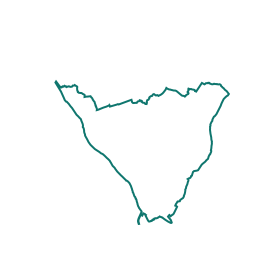 Mahajanga I, Boeny, Madagascar (Albers equal-area conic projection), rotated 297°
{"feature_id": "10022922B60996293868186", "entity_name": "Mahajanga I", "entity_type": "district", "adm_level": 2, "iso_a3": "MDG", "parent_name": "Madagascar", "parent_adm1": "Boeny", "projection": "albers", "projection_center": [46.344, -15.68], "detail": "fine", "context": "isolated", "style": "outline", "palette": "teal", "viewbox_px": 256, "rotation_deg": 297, "n_neighbors": 0, "source": "geoboundaries", "source_scale": "gbopen_adm2", "svg_char_len": 5843}
<svg xmlns="http://www.w3.org/2000/svg" viewBox="0 0 256 256"><g transform="rotate(297 128 128)"><path d="M157.6,206.3L160.2,204.2L163.6,201.9L164.8,201.4L166.7,200.4L167.4,200.5L168.5,199.8L169.7,199.7L171.8,199.7L172.6,199.9L173.9,199.4L177.1,199.4L177.8,199.9L180.4,200.5L189.8,200.5L192.2,200.2L197.1,200.1L199.2,200.7L201.1,201.4L202.3,202.2L204.1,202.4L205.6,199.3L206.1,196.8L206.9,195.1L207.0,193.9L207.4,193.2L207.6,192.0L208.3,191.4L208.6,190.5L208.6,190.1L208.5,189.6L208.1,189.2L207.7,188.4L207.6,187.5L207.3,187.2L207.2,186.5L206.6,185.6L206.5,184.6L205.5,183.8L205.0,182.7L204.7,180.2L205.1,180.0L205.1,179.9L204.9,179.7L205.0,179.6L204.7,178.9L203.8,178.2L203.4,177.2L202.9,176.9L202.0,176.6L201.6,176.3L201.7,173.4L191.4,172.2L191.4,171.7L191.3,171.0L191.8,170.8L192.1,170.0L192.1,169.7L191.8,168.9L191.8,168.5L191.5,167.8L191.4,167.4L191.4,166.6L191.2,166.3L191.1,166.0L190.7,165.6L190.7,165.0L190.5,164.8L190.5,164.0L190.3,164.0L190.0,164.1L189.4,164.5L189.2,164.8L188.9,164.9L188.5,164.8L187.1,164.7L186.9,165.1L186.9,165.6L186.3,166.2L185.7,166.2L185.2,165.9L184.3,165.2L183.5,164.8L182.9,164.7L182.3,164.7L181.8,164.4L182.0,163.4L181.4,161.6L181.4,161.2L181.9,158.9L182.7,155.5L182.9,154.4L182.9,153.5L182.7,152.8L182.2,151.9L182.0,151.0L181.5,148.8L181.4,148.1L181.0,147.1L180.9,145.3L181.1,144.0L179.2,144.1L176.0,143.5L174.5,143.1L172.5,142.1L170.4,140.5L170.7,139.5L170.5,139.0L169.9,138.5L169.8,138.0L169.6,137.8L169.8,136.8L170.0,136.0L169.9,135.6L169.1,135.0L168.6,134.9L167.9,135.0L167.5,134.9L167.2,134.6L167.0,134.2L166.6,133.8L166.0,133.6L165.6,133.3L164.8,133.1L164.2,133.5L163.9,133.6L163.4,133.4L162.6,133.4L162.3,133.1L162.1,133.1L161.5,132.5L160.2,132.7L159.7,132.9L159.4,133.2L158.9,133.5L158.3,133.5L158.0,133.3L157.7,133.5L157.3,132.6L157.4,132.1L157.7,131.7L157.8,131.4L157.8,131.0L157.6,130.3L157.3,130.0L157.3,129.5L157.5,128.3L157.8,128.4L158.2,128.3L158.4,128.0L158.3,126.9L158.1,126.1L157.8,126.3L156.7,125.5L156.6,125.2L156.0,124.6L155.0,124.4L154.4,124.4L154.2,124.1L153.6,122.8L153.1,122.2L152.6,121.3L152.6,120.8L152.9,119.9L153.4,119.5L153.9,119.0L154.7,118.3L154.2,117.8L151.4,115.2L144.7,109.0L144.7,108.2L143.7,107.3L138.9,102.2L139.9,101.2L140.0,101.0L139.6,101.0L137.1,98.9L135.0,96.8L130.6,93.0L129.8,92.1L130.1,92.0L130.5,91.9L130.9,91.6L131.8,90.7L132.0,90.4L132.7,89.8L132.6,89.6L132.8,89.4L133.3,89.0L133.3,88.8L134.0,88.4L135.0,87.2L135.9,86.6L136.7,84.8L137.1,84.3L137.2,83.8L138.0,83.0L138.3,82.5L138.4,82.2L138.6,81.8L138.6,81.4L139.3,80.2L137.5,77.5L137.2,76.9L136.7,76.2L135.9,75.2L136.6,74.9L137.0,74.8L137.7,74.4L137.8,74.1L137.8,73.7L137.9,73.2L137.8,72.3L138.0,71.7L138.0,70.5L137.8,70.2L137.5,69.5L137.5,69.2L137.1,68.4L137.1,67.9L137.2,67.1L137.8,66.9L138.0,66.5L138.1,66.1L138.2,65.9L138.6,65.7L139.4,65.1L140.5,64.5L141.5,64.2L141.8,63.9L141.8,63.6L142.0,61.6L142.1,61.0L141.4,60.8L140.9,60.0L140.8,59.6L139.4,59.3L138.6,58.2L138.4,57.5L138.4,56.8L138.2,56.2L137.7,55.8L137.4,55.3L136.7,54.8L137.0,54.3L136.6,53.9L136.5,53.7L136.8,53.0L136.8,52.4L136.4,52.4L136.2,52.0L135.9,52.0L135.7,51.9L135.7,51.7L135.4,51.5L135.3,51.3L135.4,51.0L135.1,50.9L135.0,50.7L134.4,50.6L134.3,50.3L134.0,50.2L134.1,49.7L133.5,49.4L136.8,42.8L135.6,42.7L130.0,51.8L125.2,57.8L124.2,58.9L123.4,60.8L123.6,61.5L122.6,64.3L121.3,66.8L120.4,69.1L117.0,75.1L116.4,76.2L115.7,78.6L115.0,80.3L114.6,81.8L113.7,82.8L113.4,83.0L111.8,84.9L110.8,86.0L109.4,87.0L108.4,87.2L108.1,87.6L107.8,88.4L107.3,88.9L105.9,90.0L105.3,90.3L104.5,90.8L103.7,91.5L102.8,92.6L101.9,93.1L101.4,93.7L99.4,96.7L97.5,99.3L96.0,102.2L95.3,104.4L94.2,108.0L94.1,108.9L93.6,113.7L93.2,115.3L93.3,117.3L92.7,119.7L91.6,123.1L91.5,123.6L91.2,124.7L90.5,126.7L89.9,127.4L89.6,128.1L88.3,130.0L87.3,131.5L86.5,134.1L85.8,135.2L85.0,136.8L84.3,138.2L82.6,143.2L82.2,144.7L80.9,148.7L80.6,149.8L80.3,150.2L80.5,150.8L80.3,152.3L79.5,154.4L77.6,157.0L76.6,158.0L75.4,159.3L74.3,160.2L73.8,160.9L72.9,161.4L72.6,162.1L70.2,164.6L69.9,165.0L69.8,165.7L68.9,166.5L68.8,167.0L68.3,167.2L68.2,167.7L67.9,168.1L66.8,168.9L65.0,170.7L64.5,171.0L62.8,172.7L62.3,173.6L61.8,174.1L59.8,178.0L58.8,178.2L52.4,178.5L50.7,178.8L49.7,179.1L48.6,179.9L47.4,181.1L47.6,181.4L49.4,179.8L50.6,179.2L51.3,179.0L54.4,178.8L57.0,178.6L57.1,179.4L56.7,179.9L56.8,180.2L56.7,180.3L56.4,180.4L56.4,180.5L58.9,180.4L58.9,181.1L59.0,181.6L59.0,181.9L58.9,182.1L58.9,182.5L58.6,182.8L58.6,183.0L58.3,183.0L58.2,183.2L58.3,183.5L58.0,183.5L57.7,183.7L54.9,187.5L54.2,188.8L54.2,189.3L55.4,190.7L55.5,190.8L55.7,190.7L56.0,191.0L56.2,191.4L57.3,191.4L57.7,191.7L57.4,192.1L58.2,192.7L58.5,192.4L59.0,192.4L59.6,193.1L60.0,193.2L60.1,193.4L60.2,194.0L60.5,194.3L61.0,194.9L61.6,195.4L61.9,195.4L63.3,196.4L63.5,196.4L63.7,198.5L63.8,198.6L63.8,198.9L63.7,198.9L63.7,199.6L63.2,202.5L62.8,206.2L62.8,208.9L63.0,209.6L63.4,209.9L63.6,209.9L63.9,209.6L65.3,208.1L65.3,207.9L65.5,207.8L67.2,203.9L68.6,204.1L69.3,204.4L68.7,206.0L70.8,206.9L70.9,207.1L72.2,207.6L74.1,207.6L80.1,207.5L80.2,207.2L80.3,207.0L80.4,206.5L80.3,205.4L81.2,205.4L81.5,205.2L81.8,205.2L83.0,205.4L84.8,205.5L85.1,205.6L85.5,206.5L85.8,206.7L86.3,207.4L86.8,207.3L87.6,207.2L89.9,208.4L90.6,208.8L92.3,208.9L93.1,208.5L94.6,208.5L96.4,208.1L98.5,207.4L99.1,207.0L100.7,207.0L102.1,206.5L104.8,206.4L107.3,205.8L108.2,205.8L109.0,205.5L109.6,205.0L109.7,204.4L110.2,204.7L110.9,205.2L111.4,205.8L112.3,206.2L113.1,206.2L113.7,206.0L114.6,206.6L115.3,206.4L118.3,205.9L119.6,206.4L121.2,208.6L122.2,209.6L128.7,210.3L129.9,210.7L132.6,211.9L133.7,212.3L134.4,212.3L136.9,213.3L139.3,212.8L141.2,212.8L141.4,213.0L142.0,213.1L142.4,213.1L142.7,212.9L143.3,213.0L144.5,212.9L145.4,212.6L145.7,212.0L146.6,211.8L147.9,211.4L150.3,210.4L150.9,210.3L152.7,209.6L153.4,209.1L154.1,208.9L154.4,208.5L155.0,208.1L155.3,207.7L157.6,206.3Z" fill="none" stroke="#0f766e" stroke-width="2"/></g></svg>